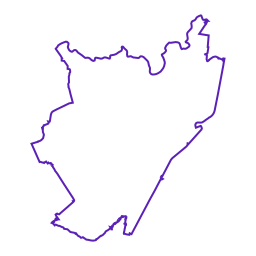 the district of Angamacutiro, Michoacán, Mexico
{"feature_id": "50627088B24652529578348", "entity_name": "Angamacutiro", "entity_type": "district", "adm_level": 2, "iso_a3": "MEX", "parent_name": "Mexico", "parent_adm1": "Michoacán", "projection": "albers", "projection_center": [-101.725, 20.14], "detail": "fine", "context": "isolated", "style": "outline", "palette": "violet", "viewbox_px": 256, "rotation_deg": 0, "n_neighbors": 0, "source": "geoboundaries", "source_scale": "gbopen_adm2", "svg_char_len": 5689}
<svg xmlns="http://www.w3.org/2000/svg" viewBox="0 0 256 256"><path d="M55.7,48.8L60.6,55.7L61.9,57.9L61.6,57.9L61.7,58.4L61.7,60.6L64.2,61.0L67.7,66.0L67.6,68.9L69.6,69.2L70.0,69.9L70.2,71.5L70.1,72.4L69.4,73.2L69.4,74.7L68.8,76.6L69.0,82.3L68.2,84.1L68.6,86.5L68.4,86.9L69.3,89.0L70.4,93.7L72.8,102.7L69.1,103.4L57.5,109.0L53.4,111.1L52.6,111.6L51.9,112.3L51.4,113.2L50.9,114.6L49.9,121.0L49.6,121.7L49.5,121.8L48.2,121.5L48.5,122.2L48.4,123.4L48.1,123.7L45.2,124.9L43.9,125.2L43.9,125.6L43.8,125.9L43.0,126.5L42.8,128.0L42.1,127.9L42.3,128.7L42.9,128.6L42.8,130.9L42.9,131.9L43.9,134.8L43.1,138.2L42.0,139.4L41.0,140.3L39.7,141.0L38.7,141.3L38.3,141.3L38.2,141.7L31.5,143.7L39.6,162.0L40.2,161.8L44.1,163.0L44.3,162.7L44.0,162.6L43.9,162.5L44.0,162.4L44.5,162.3L44.8,162.4L46.0,161.6L46.2,162.0L46.9,162.6L47.7,162.7L47.7,162.9L47.8,162.9L48.0,162.8L48.0,163.3L48.5,163.1L49.4,163.3L50.0,163.1L50.7,163.0L51.5,163.6L51.3,164.6L52.6,164.9L52.4,166.0L52.6,166.0L53.1,167.4L54.3,169.1L55.1,170.8L57.2,173.5L63.8,183.9L72.2,196.8L72.4,197.0L74.2,200.2L74.0,201.0L73.8,201.3L72.9,201.2L73.1,202.1L59.8,213.7L59.6,214.0L59.2,214.3L57.7,214.0L57.1,213.6L56.4,213.9L55.6,214.6L56.3,216.1L58.6,219.3L57.9,219.3L57.2,217.9L56.3,218.1L55.5,219.0L56.8,219.9L53.8,221.0L53.9,221.4L53.6,221.5L53.7,221.9L53.3,221.8L53.0,222.0L52.4,222.0L51.7,222.9L53.1,223.4L53.5,224.1L54.7,225.3L55.0,224.8L55.7,224.6L58.6,225.9L59.6,225.9L61.6,226.9L63.0,227.3L64.0,228.3L64.1,228.8L67.5,229.3L70.4,232.0L74.9,232.9L75.3,233.6L75.5,233.8L76.1,233.4L77.7,235.5L78.7,236.2L79.6,236.5L81.0,237.8L82.3,237.5L82.9,237.2L86.3,239.6L88.6,239.9L90.6,240.4L92.2,240.6L93.4,240.6L95.0,240.4L96.1,239.9L96.3,239.1L97.2,238.9L100.7,235.9L100.9,236.0L102.7,235.1L105.2,232.6L105.5,231.7L106.0,231.2L107.9,230.2L109.6,228.9L110.6,227.4L110.4,227.1L111.1,227.3L111.3,226.8L111.5,226.7L111.7,227.3L111.6,227.7L111.7,228.1L111.6,229.3L111.9,229.3L111.9,227.3L112.1,227.0L112.2,226.4L112.8,226.5L112.9,226.1L112.9,225.8L112.6,225.4L113.4,224.9L113.7,223.9L114.3,224.1L115.1,224.0L115.5,223.6L114.8,223.3L114.9,223.0L115.4,222.9L115.8,222.6L116.4,222.6L117.4,222.2L117.4,221.5L117.8,221.5L118.0,220.5L118.3,220.7L118.6,220.5L118.8,220.6L119.0,220.9L119.3,220.6L119.8,219.6L120.4,219.3L120.4,219.1L120.1,218.6L119.8,218.5L119.3,218.7L119.2,218.6L119.5,218.3L120.9,217.9L121.2,217.7L121.4,217.5L121.4,217.1L121.7,217.1L121.7,216.5L121.8,216.1L122.2,216.1L122.1,216.9L122.4,217.1L123.3,216.9L123.6,216.3L125.0,216.3L125.3,216.2L125.7,216.3L125.7,216.8L125.8,216.7L125.9,216.9L126.4,217.1L126.2,218.3L125.9,218.4L126.0,218.7L125.6,219.4L125.6,219.6L125.3,219.6L125.5,220.5L125.2,222.5L125.5,223.0L125.0,223.2L124.8,223.6L124.4,223.7L124.4,223.8L125.1,224.1L125.4,224.5L126.0,224.6L125.9,225.1L125.4,225.1L124.9,228.2L124.7,228.7L124.4,230.7L123.8,233.1L124.1,233.9L125.0,233.8L126.2,234.3L127.4,234.5L129.4,234.8L129.7,233.3L131.5,234.1L150.2,198.8L154.9,190.3L160.7,179.2L161.7,179.5L162.8,178.9L161.2,177.8L161.6,176.9L161.1,176.8L161.6,175.9L162.4,176.1L170.9,159.9L171.5,159.1L172.5,158.0L186.4,146.5L187.6,145.0L187.5,144.1L187.6,143.4L187.8,143.5L188.4,144.1L201.4,129.6L201.8,128.7L201.8,128.1L201.1,126.2L200.6,125.9L195.9,127.7L195.6,126.7L195.3,125.0L195.5,124.2L196.4,122.9L197.6,122.5L200.3,122.6L201.8,122.5L202.5,122.2L205.0,120.6L205.2,120.3L208.6,118.0L208.9,117.6L210.0,117.1L210.9,116.5L212.4,115.1L213.4,113.7L214.0,112.5L214.6,110.8L217.7,95.3L223.5,64.4L223.5,64.0L224.5,58.6L223.4,58.4L223.1,58.5L222.9,59.8L222.8,60.0L222.7,59.8L219.3,58.3L219.3,58.6L218.4,58.6L218.2,58.3L218.1,57.6L215.9,56.6L215.0,56.6L214.0,56.8L212.8,57.2L209.0,59.9L209.0,60.2L207.7,61.2L207.2,61.1L206.6,59.2L206.9,55.5L206.8,54.7L205.2,54.5L205.1,54.3L207.0,53.5L207.5,53.1L208.4,47.2L207.7,47.0L208.7,35.4L199.2,33.9L205.0,25.2L206.0,24.1L206.4,23.2L205.4,23.5L204.7,22.4L206.3,21.7L205.2,20.2L205.1,19.9L206.5,19.7L207.7,20.9L208.1,20.9L206.6,19.4L205.6,19.5L204.2,19.9L203.5,19.9L202.9,19.6L202.4,18.6L201.3,15.6L200.7,15.4L198.9,16.1L197.0,17.2L196.5,17.7L196.1,18.5L195.5,19.4L194.9,20.0L194.1,20.5L192.5,21.1L191.8,21.8L191.2,23.7L191.5,24.7L191.7,26.7L191.5,28.2L187.8,32.2L187.3,33.1L187.1,34.1L187.7,38.2L187.7,38.9L187.4,39.9L186.5,40.9L185.7,41.6L185.8,42.2L186.4,42.6L187.1,42.7L188.1,43.2L189.1,44.4L189.4,44.9L189.5,45.5L189.3,46.1L188.9,46.7L186.5,48.4L185.7,48.7L185.1,48.8L183.3,48.6L181.8,49.1L181.4,48.7L180.9,47.7L179.7,43.8L179.1,43.0L178.2,42.5L176.7,42.2L175.5,42.1L170.8,42.8L169.2,42.6L167.7,44.0L166.2,45.7L165.1,48.1L165.2,48.9L165.7,49.5L166.0,50.4L165.9,51.1L165.1,52.2L163.8,53.4L162.1,54.3L161.8,54.8L162.1,55.7L163.2,57.5L164.0,59.6L164.7,61.8L164.8,63.3L164.1,66.2L163.1,68.4L160.7,71.5L158.5,73.0L156.4,74.0L154.7,74.4L152.4,74.5L151.5,74.2L150.9,73.8L150.4,73.2L149.9,72.3L149.8,71.0L150.0,68.6L149.8,67.5L148.9,65.3L148.2,62.1L147.4,60.8L143.5,57.0L142.3,56.5L141.2,56.3L140.4,56.4L139.0,57.8L138.1,58.0L133.1,57.4L130.8,56.2L128.7,56.6L127.8,56.6L127.4,56.3L127.0,54.4L127.2,52.2L127.0,51.2L126.5,50.3L124.2,48.2L123.3,47.0L122.9,46.7L122.4,46.6L122.0,46.7L121.8,47.0L121.7,47.5L122.0,48.0L121.9,49.7L121.4,50.7L120.9,51.1L118.9,52.1L116.2,54.0L114.4,54.7L110.6,55.4L110.2,56.0L110.1,57.6L109.8,58.5L109.3,58.6L105.9,57.5L105.1,57.4L104.5,57.4L103.5,57.8L102.2,58.5L101.0,58.7L97.0,57.8L95.9,57.7L95.3,57.9L94.8,59.4L94.6,60.5L93.6,60.9L92.6,60.7L91.5,60.0L89.6,58.3L88.5,57.8L87.2,57.7L85.7,57.9L84.9,57.7L81.7,55.1L77.9,52.5L76.5,50.7L75.8,50.2L75.2,50.0L74.2,50.1L72.2,51.7L71.4,51.7L70.2,51.0L69.4,50.4L68.8,49.4L68.2,48.2L67.8,47.0L68.5,44.3L68.5,43.3L67.9,42.6L66.9,41.8L65.8,41.7L64.0,42.3L61.2,43.5L59.5,44.5L58.2,45.4L57.4,46.8L55.7,48.8Z" fill="none" stroke="#5b21b6" stroke-width="2"/></svg>